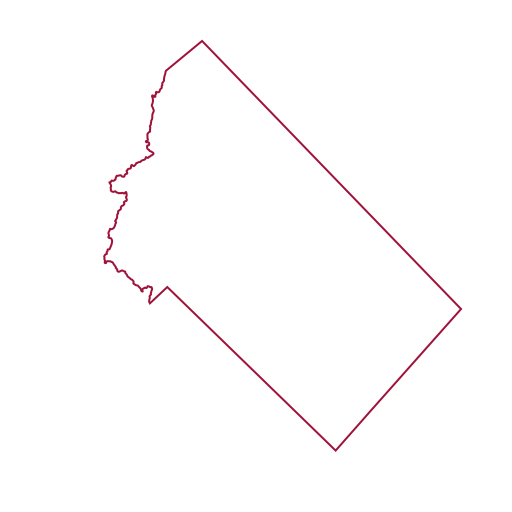 outline of Montana, rotated 48°
{"feature_id": "USA-3515", "entity_name": "Montana", "entity_type": "State", "adm_level": 1, "iso_a3": "USA", "parent_name": "United States of America", "parent_adm1": "", "projection": "albers", "projection_center": [-112.826, 46.685], "detail": "fine", "context": "isolated", "style": "outline", "palette": "rose", "viewbox_px": 512, "rotation_deg": 48, "n_neighbors": 0, "source": "natural_earth", "source_scale": "10m", "svg_char_len": 5951}
<svg xmlns="http://www.w3.org/2000/svg" viewBox="0 0 512 512"><g transform="rotate(48 256 256)"><path d="M60.1,152.2L432.6,139.1L433.6,148.0L447.7,273.7L453.5,323.7L453.9,327.0L219.7,342.7L220.2,366.5L218.7,366.1L218.1,365.7L217.1,364.5L216.5,363.5L216.1,363.0L215.7,362.7L215.2,362.4L214.7,362.0L214.5,361.4L214.4,360.2L214.3,359.9L214.1,359.6L213.5,359.3L213.3,359.1L213.0,358.5L211.6,356.4L211.3,355.6L211.0,355.3L209.7,354.6L209.3,354.5L209.0,354.6L208.9,354.7L208.5,355.4L208.3,355.6L206.9,355.9L206.5,356.2L206.1,356.5L206.0,357.0L206.5,358.0L206.5,358.8L206.2,359.1L205.3,359.5L205.2,359.7L205.1,359.9L205.1,360.4L204.8,361.1L204.7,361.7L204.7,362.2L204.8,362.7L205.0,363.0L205.2,363.3L206.2,363.7L206.4,363.8L206.5,364.0L206.3,364.3L205.4,364.5L205.1,364.5L203.4,363.7L203.0,363.6L199.3,363.6L198.8,363.7L197.1,364.9L195.9,365.1L194.9,365.5L194.6,365.5L194.3,365.4L194.1,365.3L193.6,364.5L193.4,364.3L192.5,363.9L191.1,363.9L190.5,364.0L190.1,364.3L189.7,364.4L189.1,364.6L188.6,364.5L185.3,365.1L185.0,365.1L184.2,364.7L183.2,364.5L181.5,364.5L181.2,364.4L180.7,364.0L180.2,363.7L179.9,363.7L179.7,363.8L179.2,364.3L177.6,364.9L177.0,365.3L176.8,365.7L176.6,366.8L176.0,368.4L175.8,368.6L175.5,368.8L175.0,369.0L174.3,369.0L173.4,368.3L172.8,368.1L171.1,368.2L170.6,367.7L170.4,367.6L166.3,367.1L165.1,366.8L164.5,366.9L163.7,367.4L162.7,367.6L160.6,369.7L160.3,370.1L160.2,370.6L160.2,370.9L160.2,371.1L160.8,372.1L160.8,372.4L160.6,372.6L160.1,372.9L159.8,372.9L159.6,372.8L158.6,371.5L158.4,371.3L156.9,370.8L156.7,370.7L155.8,369.6L154.6,369.0L154.5,368.7L154.4,368.0L154.1,367.3L154.1,367.1L154.2,366.6L154.5,365.8L154.6,365.6L154.5,365.3L154.2,365.1L153.4,364.6L153.2,364.3L153.2,363.8L153.1,363.3L152.2,362.3L152.1,362.1L152.0,361.9L152.0,361.7L152.2,361.4L152.8,360.8L152.9,360.6L152.9,360.3L152.8,359.9L152.2,358.6L151.8,357.7L151.3,357.0L150.9,355.8L150.2,354.9L149.6,354.0L149.0,353.3L148.2,352.6L147.3,352.2L146.5,352.0L146.0,351.9L145.5,352.1L144.4,353.0L143.5,353.2L143.2,353.1L143.0,352.9L142.8,351.9L142.1,351.3L140.5,350.5L140.1,350.2L139.8,349.8L139.6,349.4L139.2,348.0L138.7,347.2L138.4,346.9L138.2,346.5L138.3,346.2L139.2,345.6L139.5,345.3L139.6,345.0L139.7,344.8L140.0,343.3L139.8,342.3L139.1,340.5L138.0,338.9L137.9,338.7L137.7,337.9L137.5,337.5L137.3,337.4L136.1,337.4L135.8,337.3L135.7,337.1L135.6,336.3L135.5,336.1L135.1,335.3L134.9,334.3L134.6,333.6L134.1,333.1L133.6,332.7L132.9,331.9L132.4,331.4L132.2,331.1L132.1,330.1L131.7,329.6L130.9,329.0L130.6,328.6L130.5,328.4L130.5,327.8L130.6,327.0L130.7,325.2L130.5,324.9L130.3,324.6L129.4,323.8L129.2,323.5L129.2,322.9L129.0,322.5L129.1,321.9L129.4,321.2L129.5,320.6L129.4,319.5L129.3,319.2L129.0,318.8L127.9,318.4L127.7,318.1L127.6,317.8L127.7,316.9L127.8,316.4L128.3,315.5L128.3,315.3L128.1,314.8L127.8,314.4L127.3,314.1L125.6,313.4L125.2,313.2L125.0,312.4L124.8,312.0L124.0,311.2L122.8,310.3L121.7,309.8L121.4,310.0L121.3,310.4L121.3,310.9L121.5,311.7L121.5,311.9L121.4,312.1L121.2,312.3L120.1,312.7L119.7,313.0L119.0,314.3L118.1,315.0L117.8,315.7L117.7,315.9L116.2,316.6L115.2,317.2L114.4,317.1L113.9,317.3L113.7,317.4L113.4,317.8L113.0,319.0L112.8,319.2L111.4,320.0L111.0,320.1L110.3,320.0L109.9,319.9L109.7,319.7L109.4,319.2L107.9,318.3L107.7,318.0L107.6,317.5L107.4,317.2L106.4,316.4L104.5,315.9L103.4,315.8L103.2,315.6L103.6,314.9L103.8,314.4L103.7,314.1L103.4,313.4L103.4,313.1L103.4,312.8L104.3,312.1L104.7,311.6L104.9,311.3L105.0,310.9L105.0,310.6L104.9,309.9L105.1,309.4L105.0,309.1L104.8,308.8L103.8,307.6L103.6,306.7L103.3,306.2L103.2,305.9L103.3,305.7L104.0,305.0L104.4,304.1L105.2,302.8L105.7,302.4L107.1,302.4L107.6,302.2L108.6,301.3L108.7,301.1L108.8,300.8L108.7,300.5L108.0,299.3L107.9,298.8L107.9,298.6L107.9,298.0L108.4,297.1L108.4,296.8L108.4,296.5L108.3,296.2L106.4,295.4L106.1,295.1L106.0,294.8L106.2,294.3L106.1,294.0L105.9,293.5L105.8,293.1L105.8,292.8L106.0,292.3L106.8,291.1L106.8,290.8L106.9,290.3L106.7,289.9L105.4,288.4L105.2,288.1L105.2,287.9L105.3,287.4L105.5,287.2L107.1,286.9L107.3,286.8L107.5,286.4L107.6,285.9L107.4,284.3L107.2,283.5L107.0,282.9L106.9,282.7L107.0,282.5L107.5,281.6L107.6,280.8L107.8,280.3L108.6,279.1L108.7,278.5L108.6,278.0L108.6,277.4L108.7,276.8L108.9,276.3L109.7,274.6L109.8,274.0L109.8,273.7L109.8,273.2L109.5,272.7L109.1,272.1L108.9,271.8L109.0,271.6L110.2,271.0L110.6,270.8L110.9,270.4L111.0,270.2L110.7,269.3L110.8,268.8L111.1,268.1L111.2,267.9L111.1,267.1L111.1,266.8L111.4,266.1L111.5,265.5L111.6,264.7L111.5,264.1L111.4,263.7L111.2,263.6L110.9,263.4L110.4,263.4L108.2,264.0L107.4,264.4L106.8,264.7L106.3,264.7L105.5,264.5L104.6,264.8L103.6,264.9L102.8,264.5L102.0,264.0L101.4,263.4L101.3,262.9L101.3,262.7L101.4,262.4L101.9,261.9L102.0,261.6L101.9,261.2L101.4,260.5L100.6,259.9L100.1,259.7L99.7,259.8L98.9,260.3L98.2,261.3L97.7,261.4L97.4,261.3L97.2,261.2L97.1,260.9L97.2,260.7L97.4,259.5L97.4,259.2L97.4,258.9L97.3,258.6L96.9,258.2L96.0,257.9L95.5,257.6L94.3,256.4L93.4,255.8L92.9,255.3L92.6,254.6L92.4,253.6L92.4,252.8L92.6,251.7L92.6,251.4L92.4,251.2L91.3,250.4L90.0,248.7L89.8,248.6L88.7,248.2L88.4,247.8L88.1,246.5L85.3,243.2L84.9,242.0L84.0,240.7L83.7,240.4L82.8,239.7L82.0,238.7L81.3,238.1L81.2,237.9L81.0,237.2L80.5,236.4L80.3,235.7L79.9,235.1L79.7,234.8L79.4,234.6L76.6,233.4L74.9,233.0L74.5,232.8L74.1,232.4L73.5,231.1L73.0,230.3L71.8,228.7L69.4,227.0L68.2,226.6L67.6,226.3L67.4,226.0L67.4,225.8L67.4,225.5L67.5,225.4L67.8,225.2L69.6,225.0L70.0,224.8L70.1,224.6L70.2,224.3L70.1,224.0L69.0,223.3L68.8,222.3L68.6,221.8L68.3,221.5L67.5,220.9L67.4,220.6L67.3,220.4L67.5,220.2L68.5,219.6L68.8,219.3L68.9,219.1L69.2,218.4L69.2,218.0L69.0,217.4L68.2,216.0L68.0,215.6L68.1,214.5L68.0,213.8L67.9,213.4L67.6,213.2L66.7,212.5L66.6,212.2L66.4,211.6L66.3,211.2L65.1,210.3L64.9,210.1L64.8,209.8L64.3,207.5L64.0,206.8L63.7,206.6L63.0,206.1L62.1,204.9L61.5,204.3L61.1,203.6L60.4,202.5L60.0,201.7L59.1,200.5L58.5,199.8L58.2,199.3L58.1,199.0L60.1,152.2Z" fill="none" stroke="#9f1239" stroke-width="2"/></g></svg>